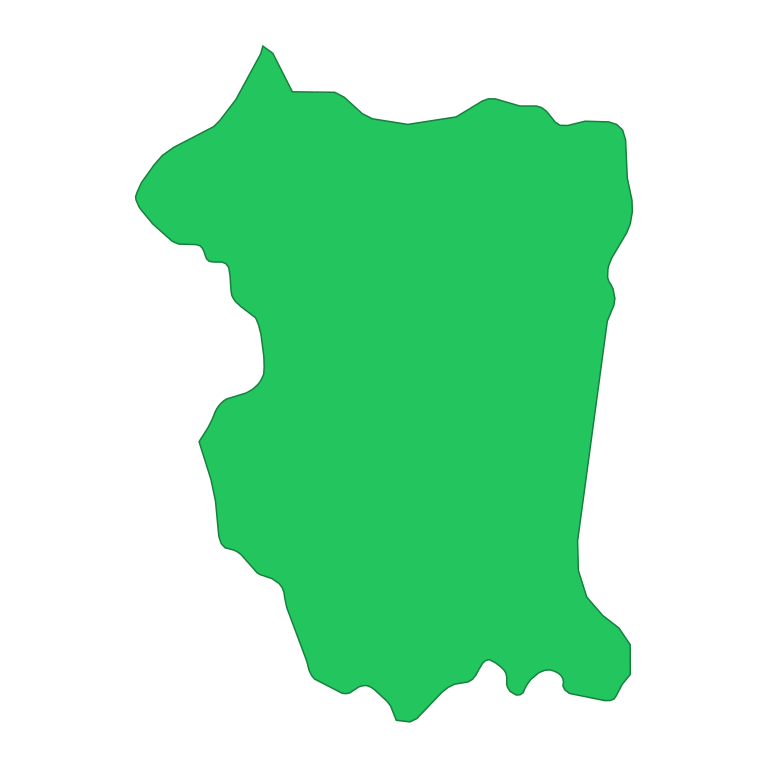 outline of Pordenone
{"feature_id": "ITA-5456", "entity_name": "Pordenone", "entity_type": "Province", "adm_level": 1, "iso_a3": "ITA", "parent_name": "Italy", "parent_adm1": "", "projection": "albers", "projection_center": [12.662, 46.102], "detail": "fine", "context": "isolated", "style": "filled", "palette": "green", "viewbox_px": 768, "rotation_deg": 0, "n_neighbors": 0, "source": "natural_earth", "source_scale": "10m", "svg_char_len": 2246}
<svg xmlns="http://www.w3.org/2000/svg" viewBox="0 0 768 768"><path d="M262.9,46.1L272.8,53.3L292.4,91.8L334.7,92.3L344.3,97.3L362.2,113.6L372.4,118.8L407.8,124.4L456.2,116.9L482.3,101.0L488.5,98.8L495.5,98.9L519.7,106.0L536.3,106.0L541.7,107.6L546.7,111.5L555.2,122.1L560.1,125.3L567.7,125.5L585.1,121.2L608.8,121.9L616.8,124.5L622.6,130.0L625.6,140.1L627.3,178.1L632.0,200.3L632.4,211.5L630.3,223.7L626.8,232.6L611.6,258.3L608.7,265.5L607.9,269.7L607.6,277.3L608.9,281.5L611.0,284.6L613.1,289.1L614.9,298.5L613.9,305.2L607.3,321.2L577.6,541.0L578.4,570.6L586.8,597.1L602.6,615.4L619.0,628.1L630.2,644.7L630.3,674.4L622.1,684.5L616.3,695.7L614.0,699.0L610.1,700.5L604.7,700.6L569.3,693.4L564.7,689.7L562.9,685.9L563.5,681.9L562.7,678.2L560.8,675.3L557.9,672.9L554.1,671.1L550.1,669.9L544.8,670.3L539.0,672.6L531.0,679.2L527.3,684.2L524.7,688.9L523.2,692.6L520.2,694.7L516.4,695.1L510.1,691.4L507.6,687.4L506.6,684.2L506.8,680.8L506.7,676.8L505.8,673.0L503.9,670.0L501.4,667.4L495.6,662.9L489.2,659.6L485.7,660.5L482.8,663.0L478.5,670.1L475.9,675.1L472.4,679.4L468.2,681.9L454.6,684.2L448.3,687.3L442.1,692.1L416.8,718.6L409.9,721.9L396.3,720.3L390.6,706.0L387.0,701.3L374.1,689.3L369.8,686.6L366.2,685.5L362.4,685.8L358.8,686.9L349.7,692.9L345.8,693.7L342.0,693.2L314.5,679.0L311.6,675.5L309.1,670.4L306.7,661.0L286.8,607.7L284.8,598.2L283.9,592.2L282.2,587.7L279.1,583.5L271.7,578.5L260.0,574.6L257.1,572.8L240.8,554.3L236.5,551.3L233.2,549.9L225.1,547.8L221.2,543.6L218.8,536.2L215.5,501.2L211.0,479.6L202.1,451.3L201.7,450.2L199.1,441.6L207.9,427.8L211.9,420.0L214.9,412.5L216.6,409.0L218.8,405.8L221.2,403.1L224.0,400.6L227.0,398.8L246.1,393.0L252.5,389.4L257.9,384.5L259.9,381.9L261.5,379.2L263.7,374.2L264.2,367.0L263.8,356.2L260.9,334.0L258.4,324.3L255.6,317.8L240.9,306.6L235.5,301.6L233.5,298.7L231.8,295.4L231.1,291.5L230.0,275.6L228.7,267.4L225.9,263.7L222.1,262.1L213.2,262.0L209.2,261.3L206.7,259.0L205.3,255.6L204.1,251.8L202.5,248.4L200.2,245.9L196.4,244.6L179.0,244.1L175.1,242.6L171.7,240.9L152.7,223.9L140.9,209.6L138.9,206.6L136.0,199.9L135.6,196.5L137.5,191.2L141.5,182.5L154.4,164.5L162.4,155.4L173.8,147.3L213.7,126.6L219.9,120.4L235.9,99.5L260.7,53.8L262.9,46.1Z" fill="#22c55e" stroke="#15803d" stroke-width="1.5"/></svg>